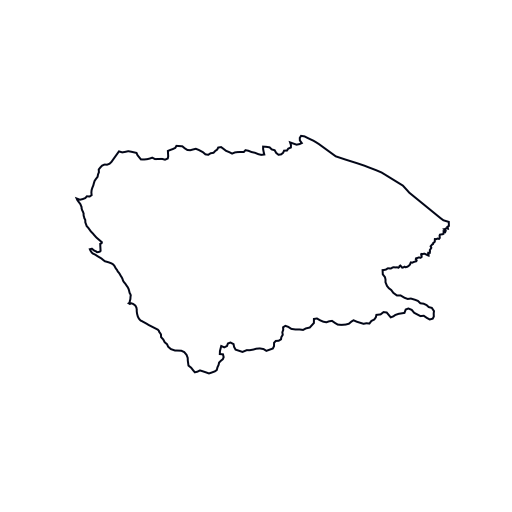 the district of Rio Preto da Eva, Amazonas, Brazil, rotated 117°
{"feature_id": "56859067B18065173941259", "entity_name": "Rio Preto da Eva", "entity_type": "district", "adm_level": 2, "iso_a3": "BRA", "parent_name": "Brazil", "parent_adm1": "Amazonas", "projection": "equal_earth", "projection_center": [-59.598, -2.513], "detail": "fine", "context": "isolated", "style": "outline", "palette": "ink", "viewbox_px": 512, "rotation_deg": 117, "n_neighbors": 0, "source": "geoboundaries", "source_scale": "gbopen_adm2", "svg_char_len": 5822}
<svg xmlns="http://www.w3.org/2000/svg" viewBox="0 0 512 512"><g transform="rotate(117 256 256)"><path d="M387.4,257.7L385.7,255.7L383.4,254.0L382.9,251.1L382.4,247.8L382.0,244.6L380.2,242.8L377.5,240.3L376.2,239.6L375.3,239.2L372.7,239.8L370.0,239.9L367.7,240.5L365.2,239.7L363.0,238.7L360.8,238.9L358.6,240.8L359.8,243.7L357.0,245.0L352.0,246.1L351.8,242.8L349.4,241.0L346.7,241.3L344.7,239.5L344.7,236.0L346.9,234.3L348.7,231.7L347.6,224.5L344.1,221.5L342.7,218.7L340.5,215.8L338.5,213.7L336.6,210.6L335.5,207.0L335.8,203.7L330.8,199.0L328.2,199.0L325.1,200.5L322.7,199.8L321.2,197.3L318.9,195.9L316.7,196.6L314.1,196.4L312.0,197.9L309.5,198.2L307.2,199.5L304.9,198.1L304.5,195.1L304.9,191.4L303.6,187.6L301.7,183.9L300.5,180.5L297.9,178.7L295.3,175.6L289.4,174.0L285.8,175.8L284.0,173.3L284.2,169.8L284.0,166.3L283.1,163.2L281.0,161.2L279.3,158.8L279.8,155.2L280.0,152.0L278.6,148.6L276.4,145.0L274.2,142.5L271.1,141.2L269.0,139.9L268.8,136.3L267.6,129.4L265.8,127.1L264.7,124.3L261.5,123.7L258.9,121.8L256.2,121.4L253.8,122.0L251.5,118.5L248.1,116.9L247.0,113.9L249.5,108.1L247.4,106.2L245.3,105.1L242.8,102.7L239.3,97.9L235.7,98.3L233.6,96.4L233.3,92.8L234.8,89.3L234.9,82.2L233.1,79.4L233.6,75.7L233.7,72.4L231.6,70.1L229.2,70.1L226.5,71.6L224.3,72.4L222.4,75.8L223.1,78.9L222.3,81.7L222.4,85.0L223.5,88.1L222.5,91.3L222.8,94.4L223.6,98.7L225.4,101.3L225.8,104.7L225.5,109.3L226.4,110.9L227.2,112.5L226.5,116.9L224.9,120.1L224.4,123.0L223.2,125.7L220.6,128.7L218.2,129.9L216.3,131.5L214.8,134.7L211.1,136.8L210.4,135.7L209.7,134.8L208.9,133.9L207.3,133.1L206.6,131.9L206.3,130.8L205.5,129.8L204.5,129.3L203.6,128.4L202.7,126.2L202.0,125.2L201.8,123.8L200.9,123.4L199.8,123.5L199.0,123.1L199.4,121.9L200.0,120.4L199.2,119.5L198.1,118.8L198.1,117.6L196.9,116.3L195.7,115.6L194.4,115.1L193.5,114.9L192.6,115.1L191.4,115.1L191.0,113.7L189.9,112.9L188.9,111.9L187.9,110.8L186.9,110.9L186.3,112.2L185.3,112.3L184.6,111.4L183.3,110.2L182.9,108.6L181.7,108.0L180.6,108.5L180.0,109.4L179.1,109.6L178.5,108.3L177.5,107.1L177.4,105.7L177.4,103.7L177.3,102.4L176.4,102.8L175.8,103.7L174.9,104.0L174.3,102.6L173.1,103.0L171.8,103.8L170.3,103.6L169.1,103.5L168.1,104.8L166.8,104.5L165.8,104.3L165.0,103.7L163.8,104.0L162.7,103.3L161.8,103.3L160.7,103.9L159.7,104.3L159.1,103.0L158.0,102.1L157.7,100.7L156.4,100.5L155.4,101.1L154.5,101.7L153.5,101.8L152.7,100.8L151.8,99.5L151.0,99.0L148.9,100.0L148.9,98.3L147.4,98.4L146.7,100.5L146.1,99.7L144.9,99.1L144.5,97.4L143.7,98.0L143.1,98.7L141.6,97.8L138.1,99.7L139.1,105.3L138.5,108.8L130.0,148.2L128.8,151.2L128.4,152.3L126.6,157.1L124.6,182.0L125.0,187.8L125.5,192.5L125.9,196.2L126.3,200.4L127.4,207.8L129.5,220.3L131.0,230.2L129.5,239.6L127.7,250.9L127.4,254.1L127.2,257.2L127.3,259.9L127.4,263.5L127.4,267.1L128.5,270.4L130.9,270.6L133.1,269.4L134.6,266.5L136.5,268.0L138.4,270.4L138.8,273.3L139.3,277.2L140.1,276.4L141.3,275.2L143.5,274.2L145.7,276.0L148.0,276.3L149.4,278.8L151.7,278.7L154.0,279.7L155.6,281.9L155.0,284.8L153.3,287.4L153.9,290.4L153.0,293.2L154.1,296.5L155.3,299.3L157.5,298.2L159.7,296.5L161.8,294.7L163.5,297.2L164.2,300.1L164.5,303.8L165.4,307.2L165.7,310.6L166.5,313.4L168.9,314.1L170.2,316.7L171.6,319.3L173.2,321.7L175.6,323.8L175.6,326.9L175.9,330.5L175.3,333.6L174.8,336.5L176.5,338.9L178.8,338.9L180.9,340.0L183.3,340.7L185.1,343.1L187.5,344.5L188.4,347.2L187.6,350.4L187.5,355.1L187.8,358.3L189.7,360.5L191.6,362.6L192.7,365.3L192.4,368.4L191.7,371.4L192.8,374.1L194.0,376.9L196.3,377.0L198.4,378.6L200.3,380.4L202.4,382.2L204.8,380.8L207.0,379.5L209.2,378.9L211.5,380.8L212.1,383.7L214.1,387.4L215.5,390.0L215.5,393.1L217.4,394.9L219.1,396.9L220.8,399.5L222.2,402.4L220.0,407.3L218.4,409.3L219.7,414.4L220.6,417.4L222.6,419.8L224.4,422.2L225.0,425.6L235.6,427.2L237.8,427.5L240.3,428.4L242.2,430.1L243.4,432.6L245.4,434.2L247.8,434.9L250.3,435.4L252.7,434.0L255.0,433.8L257.4,433.1L259.9,433.6L262.4,433.9L264.7,433.5L267.0,433.0L269.6,432.8L271.9,432.4L274.2,431.5L276.4,430.1L278.5,431.2L279.6,433.8L281.9,434.4L283.9,436.2L285.8,438.4L286.2,441.9L287.2,440.7L288.1,439.0L288.9,437.3L289.6,435.9L290.7,434.7L291.6,433.6L292.5,433.2L293.4,432.4L294.3,431.5L295.0,430.4L295.7,429.7L296.4,428.9L297.3,428.5L298.4,427.8L299.4,426.8L300.3,426.1L301.2,424.7L302.4,423.9L303.3,423.5L304.2,422.6L305.2,421.5L306.2,420.5L306.8,418.9L307.2,417.9L307.9,416.6L308.5,415.4L309.0,414.5L309.5,413.1L310.1,411.3L310.7,410.0L311.1,408.9L311.6,407.7L312.1,406.2L313.7,399.6L314.7,399.4L315.9,400.3L318.4,398.9L322.0,396.8L323.0,397.1L324.1,398.3L324.8,399.4L324.5,400.6L324.6,401.7L324.6,402.9L324.3,404.2L324.0,405.5L325.4,407.1L326.3,406.0L327.0,404.8L327.5,403.9L327.9,402.4L327.8,400.9L327.8,399.8L328.0,398.1L328.2,395.8L328.3,393.9L328.4,392.5L328.7,391.3L329.0,389.9L329.3,388.2L329.0,386.9L328.7,385.3L328.5,384.2L328.2,381.4L328.3,379.7L328.8,378.3L329.3,377.3L330.2,376.1L330.8,375.1L331.6,373.4L332.6,372.1L333.1,370.7L334.0,369.1L335.1,367.5L336.0,365.9L337.0,364.6L338.0,363.6L338.8,362.6L339.4,361.4L339.9,360.1L340.5,359.0L341.3,357.6L342.0,356.2L343.1,354.7L344.3,353.5L345.5,352.5L346.4,351.7L347.0,350.7L347.8,349.8L349.0,349.4L350.0,349.0L350.9,348.6L351.7,348.3L352.9,348.1L354.2,347.7L355.1,347.5L355.9,347.9L356.0,346.6L354.8,345.8L354.5,343.9L354.7,342.2L355.0,340.9L356.3,339.1L357.4,338.3L358.1,337.8L359.0,337.4L360.1,336.7L361.5,335.7L362.5,334.8L363.6,333.8L364.9,332.0L365.6,330.4L365.9,329.3L365.8,327.9L365.9,326.7L365.9,325.5L366.0,322.5L366.2,320.4L366.2,318.7L366.2,317.6L366.2,314.5L366.2,312.6L366.2,311.2L366.2,310.0L366.8,308.5L367.5,307.9L368.2,306.5L369.0,305.1L371.4,303.7L372.5,300.7L374.3,298.2L375.0,295.2L376.7,293.1L377.6,289.6L377.0,285.3L375.5,282.2L374.3,279.5L374.2,276.3L375.6,273.0L377.8,270.6L380.3,269.2L384.3,266.4L385.0,263.0L386.3,260.3L387.4,257.7Z" fill="none" stroke="#020617" stroke-width="2"/></g></svg>